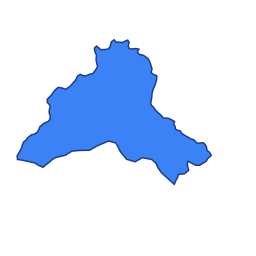 outline of Ceres, Goiás, Brazil, rotated 207°
{"feature_id": "56859067B10166822363593", "entity_name": "Ceres", "entity_type": "district", "adm_level": 2, "iso_a3": "BRA", "parent_name": "Brazil", "parent_adm1": "Goiás", "projection": "robinson", "projection_center": [-49.639, -15.273], "detail": "fine", "context": "isolated", "style": "filled", "palette": "blue", "viewbox_px": 256, "rotation_deg": 207, "n_neighbors": 0, "source": "geoboundaries", "source_scale": "gbopen_adm2", "svg_char_len": 1890}
<svg xmlns="http://www.w3.org/2000/svg" viewBox="0 0 256 256"><g transform="rotate(207 128 128)"><path d="M180.4,200.3L181.9,197.2L181.0,192.9L181.3,189.5L184.2,187.5L187.8,185.4L190.4,186.1L193.2,186.7L194.2,183.8L192.0,180.8L189.2,178.6L187.4,174.3L184.7,170.8L183.0,168.9L183.2,165.3L184.0,160.6L186.8,158.2L189.4,155.1L191.8,154.2L194.9,154.1L196.5,151.4L196.4,147.0L197.4,143.5L198.3,139.5L201.0,134.2L204.9,133.7L208.6,132.6L210.2,128.8L210.7,125.9L211.4,122.1L213.0,116.9L211.5,114.2L207.3,112.5L206.2,107.9L204.9,105.5L202.6,103.3L201.5,100.4L202.1,97.6L205.0,94.1L207.1,89.3L206.7,86.4L207.0,82.9L208.5,80.1L211.0,78.0L212.9,73.9L213.4,71.0L214.6,68.1L214.4,64.7L213.8,62.1L213.8,58.4L214.2,53.0L212.2,49.8L208.4,51.1L195.6,54.5L193.2,54.4L190.9,54.1L186.0,54.4L184.1,58.6L182.6,61.9L181.2,65.4L179.5,68.4L171.4,75.4L167.5,81.9L161.0,86.0L152.2,90.7L147.4,98.0L139.4,107.6L135.6,108.4L131.9,109.1L123.9,103.4L115.0,99.5L106.4,101.1L103.9,104.8L101.7,108.1L92.7,110.7L87.3,109.4L83.0,106.1L78.1,103.4L61.2,98.8L61.5,102.9L61.4,106.6L61.9,109.7L56.9,112.8L54.7,117.9L58.6,122.2L59.5,125.6L50.7,125.6L47.3,127.3L43.1,134.0L43.2,136.7L41.4,141.3L44.2,143.3L47.5,144.0L49.5,146.7L51.6,148.2L54.0,149.1L56.0,148.0L59.1,145.9L62.0,146.7L64.4,147.4L67.5,146.8L70.7,147.1L73.6,147.2L77.4,147.5L80.0,149.1L83.1,148.4L85.3,148.6L86.8,150.8L89.0,152.0L89.5,154.9L93.2,155.1L96.9,154.9L101.1,152.9L104.0,154.2L107.5,155.2L111.5,156.3L114.2,157.9L117.3,158.9L119.1,160.5L120.6,165.7L122.1,169.3L122.9,172.4L123.3,175.6L123.5,179.0L124.1,182.6L124.9,185.3L126.2,187.6L129.6,187.3L132.6,187.8L133.4,191.5L136.7,195.0L138.8,197.0L141.8,199.0L147.5,199.8L151.4,198.7L154.2,200.0L154.1,203.2L156.8,202.5L159.3,201.0L161.5,199.5L163.8,199.6L165.2,201.8L165.9,205.0L168.2,206.2L169.7,204.4L171.6,201.7L174.9,200.5L177.5,199.0L180.4,200.3Z" fill="#3b82f6" stroke="#1e3a8a" stroke-width="1.5"/></g></svg>